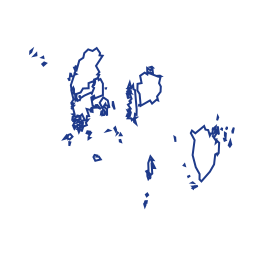 Raja Ampat, Papua Barat, Indonesia, rotated 276°
{"feature_id": "22746128B90221566890304", "entity_name": "Raja Ampat", "entity_type": "district", "adm_level": 2, "iso_a3": "IDN", "parent_name": "Indonesia", "parent_adm1": "Papua Barat", "projection": "albers", "projection_center": [130.461, -0.827], "detail": "fine", "context": "isolated", "style": "outline", "palette": "blue", "viewbox_px": 256, "rotation_deg": 276, "n_neighbors": 0, "source": "geoboundaries", "source_scale": "gbopen_adm2", "svg_char_len": 5937}
<svg xmlns="http://www.w3.org/2000/svg" viewBox="0 0 256 256"><g transform="rotate(276 128 128)"><path d="M149.8,75.2L152.5,73.7L148.8,73.0L156.0,71.9L154.5,73.3L156.5,73.2L158.4,77.2L162.6,79.1L163.4,84.7L168.5,84.1L171.2,89.3L172.6,89.2L174.4,92.5L177.8,93.8L178.0,91.9L180.6,93.7L186.4,89.7L197.2,95.2L197.3,92.1L199.6,92.4L204.2,88.5L200.9,84.7L202.0,80.2L197.9,76.7L193.2,76.2L190.1,72.5L181.2,71.0L182.7,70.3L182.3,68.1L179.1,69.8L177.0,69.1L176.2,71.0L175.2,69.0L164.6,66.7L159.1,68.1L162.5,69.4L161.1,70.2L156.7,70.6L158.1,68.2L150.7,70.8L147.4,69.2L147.0,70.5L145.6,68.7L146.4,71.4L144.0,70.2L144.3,71.7L141.0,69.5L142.3,71.1L136.3,73.4L135.8,71.6L133.9,74.7L133.2,71.8L130.6,71.7L131.6,74.8L130.0,76.2L129.3,72.0L128.5,74.5L125.0,73.1L124.0,76.7L125.8,77.4L125.8,79.4L129.6,80.5L128.0,76.8L130.2,78.1L130.7,76.6L131.7,79.0L134.5,78.3L133.5,75.7L135.1,76.3L134.9,78.5L131.3,79.9L135.1,79.5L136.8,80.9L131.1,84.3L130.6,81.4L128.5,82.7L119.5,82.3L124.8,83.4L126.6,86.8L128.8,85.5L131.9,87.4L131.3,86.0L135.5,85.9L135.8,88.0L142.6,84.9L142.0,88.7L144.2,89.6L145.2,96.0L144.1,98.9L147.7,95.1L147.4,93.7L145.4,94.1L146.5,90.5L154.5,88.3L156.5,90.9L154.0,91.9L158.1,99.6L169.5,98.4L173.8,95.5L172.6,93.9L174.5,93.2L172.5,89.7L170.5,90.5L168.3,90.2L167.2,89.8L167.1,88.8L165.5,88.3L164.3,90.1L158.3,88.4L159.3,87.4L155.7,81.3L152.8,77.7L149.8,76.9L151.0,76.9L149.8,75.2ZM129.5,191.0L122.9,195.5L107.8,195.1L96.1,199.5L89.7,204.0L84.4,204.5L82.6,206.6L93.1,214.0L100.8,217.4L110.8,217.5L111.9,219.0L110.6,219.7L112.6,220.8L122.8,220.2L124.2,218.4L122.4,216.9L125.8,217.1L125.4,216.1L129.5,212.6L128.0,214.8L133.3,217.3L131.1,219.1L139.0,217.2L134.9,216.9L132.5,214.7L135.5,215.3L137.2,212.8L135.2,214.8L136.2,212.6L131.1,212.5L131.2,211.0L129.0,210.2L134.3,208.0L134.5,205.2L137.9,203.5L129.8,195.5L132.1,191.9L129.5,191.0ZM175.8,154.2L182.2,155.0L182.2,152.7L185.1,141.9L183.3,141.7L184.8,138.8L181.2,134.6L174.1,136.8L172.9,132.9L166.3,133.4L163.0,136.0L151.4,138.3L157.7,147.0L154.8,149.4L159.1,153.4L158.6,155.0L162.4,153.6L167.4,156.6L172.7,156.3L175.8,154.2ZM166.0,125.2L163.7,122.8L165.2,127.8L164.4,126.4L163.0,127.6L163.4,125.7L157.4,128.5L154.2,126.1L155.3,127.6L153.5,128.3L151.2,125.5L147.5,128.6L146.3,125.7L146.2,127.8L143.6,129.2L140.2,128.6L141.5,126.0L139.7,125.5L139.5,127.6L137.6,126.7L137.9,130.2L136.2,131.0L138.4,132.9L134.6,133.4L133.0,135.6L137.8,133.7L139.1,135.1L138.9,133.5L142.7,133.5L142.0,135.1L147.3,134.7L166.4,131.0L167.2,129.4L171.2,128.6L168.0,127.0L173.3,125.0L167.7,123.6L168.1,126.6L167.0,123.6L166.0,125.2ZM150.1,97.2L142.8,102.0L141.7,99.8L139.1,99.7L140.2,101.0L138.0,101.0L138.5,103.0L141.9,103.4L138.2,105.9L144.4,105.2L146.7,101.4L149.7,103.0L148.1,103.6L148.2,106.1L146.3,105.9L146.9,107.2L153.3,105.0L155.9,100.2L150.1,97.2ZM95.3,151.8L86.1,153.1L83.8,155.7L85.2,156.9L96.1,155.0L90.9,157.6L91.0,159.0L98.6,154.3L98.7,156.5L102.1,153.3L95.3,151.8ZM95.5,96.7L92.0,98.9L93.9,104.2L96.5,102.0L96.3,99.7L97.4,100.1L97.7,97.6L95.5,96.7ZM185.0,147.1L188.6,146.3L189.1,144.4L188.6,145.1L187.7,144.4L189.6,140.8L185.8,141.3L185.0,147.1ZM114.0,67.6L110.3,65.3L111.6,68.5L110.5,71.2L113.6,73.7L115.8,71.4L114.8,69.2L111.9,68.9L114.0,67.6ZM84.9,151.9L82.1,152.3L79.3,153.6L81.9,155.3L84.9,151.9ZM184.4,37.8L182.6,36.1L181.3,37.4L183.8,39.7L184.4,37.8ZM153.1,110.1L148.9,110.4L145.1,112.8L153.1,110.1ZM120.5,88.0L118.5,87.4L118.1,89.2L120.4,90.3L120.5,88.0ZM121.4,230.0L120.2,231.2L122.4,232.4L125.9,231.1L121.4,230.0ZM77.7,203.4L76.6,198.6L75.6,200.4L77.7,203.4ZM145.0,125.9L142.0,127.7L144.1,128.2L145.0,125.9ZM173.6,66.8L176.0,65.5L176.0,64.9L173.3,64.9L173.6,66.8ZM119.2,176.7L123.6,175.9L123.9,175.3L119.2,176.7ZM140.5,89.1L140.3,91.1L142.5,90.7L142.2,89.3L140.5,89.1ZM133.3,224.9L130.3,225.2L129.2,226.0L132.8,225.9L133.3,224.9ZM63.5,155.0L64.8,154.0L63.6,152.8L62.1,153.8L63.5,155.0ZM190.7,29.3L192.4,29.0L190.0,27.1L190.7,29.3ZM162.9,122.8L160.6,123.9L161.4,126.2L162.9,124.7L161.7,124.4L162.9,122.8ZM120.3,92.2L117.3,90.1L116.5,90.2L120.3,92.2ZM127.3,115.2L126.3,114.4L123.7,116.1L124.7,116.4L127.3,115.2ZM195.7,24.4L194.1,22.8L192.4,22.9L193.3,23.8L195.7,24.4ZM169.7,89.0L167.5,89.8L170.9,90.1L169.7,89.0ZM55.5,152.7L54.2,152.0L51.8,153.0L53.5,153.5L55.5,152.7ZM170.7,63.7L168.9,64.9L171.2,64.6L170.7,63.7ZM135.8,232.1L133.6,232.7L139.5,233.2L135.8,232.1ZM55.5,152.7L55.5,154.2L57.2,154.3L57.0,152.9L56.0,152.6L55.5,152.7ZM158.4,126.0L159.9,123.7L158.8,125.1L157.5,124.2L158.4,126.0ZM121.7,79.6L123.1,78.3L121.7,77.6L121.7,79.6ZM148.8,216.1L144.9,215.8L148.0,216.6L148.8,216.1ZM120.8,80.3L120.4,78.8L118.7,79.6L120.8,80.3ZM124.6,80.1L121.9,80.1L125.1,80.8L124.6,80.1ZM126.1,226.5L127.5,225.1L127.4,224.6L125.5,225.4L126.1,226.5ZM190.8,143.8L190.2,145.5L190.5,146.5L191.4,145.3L190.8,143.8ZM85.4,151.7L87.3,151.4L86.8,150.6L85.4,151.7ZM113.4,122.5L115.3,121.7L115.1,121.0L113.7,121.3L113.4,122.5ZM182.9,155.4L183.4,154.3L183.1,152.7L182.4,153.9L182.9,155.4ZM123.6,109.9L124.1,108.4L122.6,107.2L123.6,109.9ZM154.4,90.3L152.8,90.5L153.6,91.2L154.4,90.3ZM188.9,36.5L189.9,36.2L189.1,35.1L188.9,36.5ZM121.4,121.2L119.9,120.7L120.1,122.2L121.4,121.2ZM114.4,89.8L113.0,89.9L114.2,91.3L114.4,89.8ZM128.1,82.3L128.5,81.0L126.8,82.1L128.1,82.3ZM138.5,215.0L137.1,213.7L137.4,214.9L138.5,215.0ZM151.6,137.2L153.0,136.7L151.5,136.6L151.6,137.2ZM96.4,188.5L97.6,188.0L96.7,187.4L96.4,188.5ZM107.7,72.1L107.8,71.1L104.1,71.5L107.7,72.1ZM74.5,199.1L75.8,199.3L74.9,198.4L74.5,199.1ZM155.5,76.7L154.0,76.3L153.5,77.1L155.5,76.7ZM139.5,226.3L136.8,225.6L137.8,226.5L139.5,226.3ZM138.0,221.6L136.6,220.9L136.3,221.6L138.0,221.6ZM87.1,194.8L86.1,192.9L85.7,193.1L87.1,194.8ZM80.9,154.9L79.6,155.2L80.8,155.4L80.9,154.9ZM121.3,117.8L122.1,118.5L122.4,118.0L121.3,117.8ZM122.6,75.4L122.8,74.1L121.6,74.8L122.6,75.4ZM80.2,198.7L80.7,198.0L80.2,197.3L80.2,198.7ZM164.1,101.9L165.2,102.0L165.1,101.6L164.1,101.9ZM183.8,69.9L184.5,69.0L183.6,69.5L183.8,69.9Z" fill="none" stroke="#1e3a8a" stroke-width="2"/></g></svg>